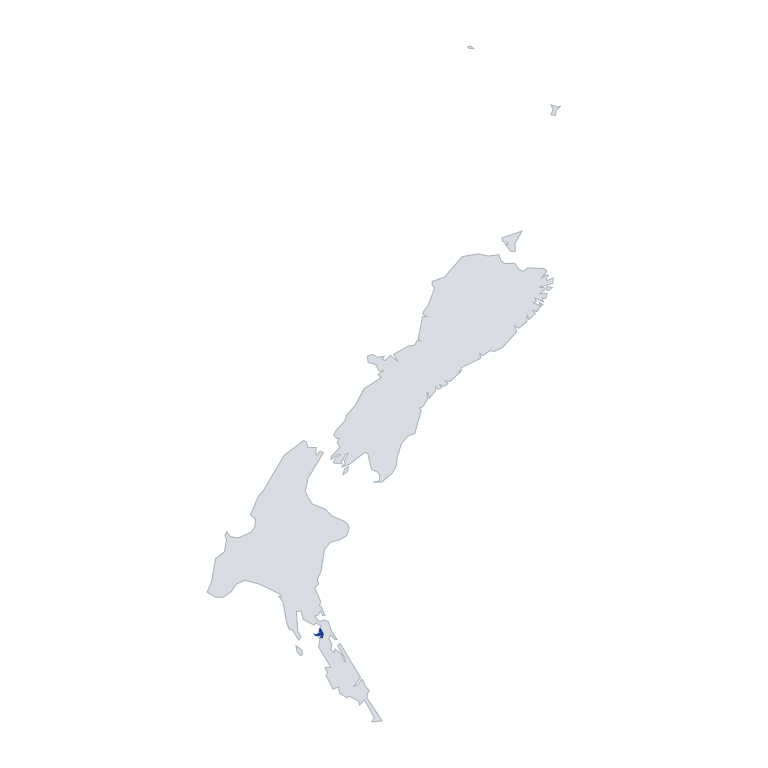 location of Hibiscus and Bays Local Board Area, Auckland, New Zealand, rotated 180°
{"feature_id": "76426892B59525679970548", "entity_name": "Hibiscus and Bays Local Board Area", "entity_type": "district", "adm_level": 2, "iso_a3": "NZL", "parent_name": "New Zealand", "parent_adm1": "Auckland", "projection": "equal_earth", "projection_center": [174.744, -36.648], "detail": "fine", "context": "in_parent", "style": "filled", "palette": "blue", "viewbox_px": 768, "rotation_deg": 180, "n_neighbors": 0, "source": "geoboundaries", "source_scale": "gbopen_adm2", "svg_char_len": 6159}
<svg xmlns="http://www.w3.org/2000/svg" viewBox="0 0 768 768"><g transform="rotate(180 384 384)"><path d="M400.3,315.0L403.7,315.2L418.4,303.9L424.5,301.4L426.1,301.2L422.8,304.6L423.6,307.0L420.2,314.7L423.1,313.5L424.8,308.2L426.8,307.1L426.0,304.1L434.9,305.1L431.9,310.5L427.2,313.6L430.1,313.8L436.9,308.3L436.8,311.5L428.1,320.7L430.8,325.8L428.6,329.9L431.1,329.4L434.4,332.6L432.4,336.8L423.0,347.4L421.6,352.7L413.1,362.1L403.9,379.3L386.8,390.4L390.0,393.5L384.1,397.6L388.9,396.9L392.2,403.5L399.9,405.5L400.5,411.8L395.6,413.6L390.6,410.7L383.6,411.8L385.9,409.2L382.9,407.4L377.7,412.7L370.1,406.5L374.3,413.7L359.6,422.0L353.4,422.7L351.2,427.1L347.7,427.4L349.8,428.8L345.5,451.4L341.3,451.4L345.2,453.8L344.6,456.1L339.8,462.6L333.5,479.8L336.0,483.7L335.7,486.6L323.4,491.0L305.7,511.4L289.3,514.2L279.9,511.9L269.1,513.3L267.2,507.6L263.4,504.5L253.6,504.7L248.9,498.4L244.8,496.7L240.1,500.1L224.9,499.5L222.1,498.5L221.4,496.2L226.9,489.8L221.8,493.2L219.5,492.8L221.6,490.0L221.2,487.3L215.0,490.0L215.3,484.5L229.0,480.8L223.5,480.3L223.0,478.4L228.3,474.2L221.1,474.6L222.1,469.7L226.1,469.7L224.5,466.1L232.8,469.8L231.6,466.4L234.7,465.3L229.0,462.9L228.7,459.2L231.4,456.5L235.2,457.7L232.6,454.6L239.1,448.3L240.9,453.1L241.2,446.2L249.5,439.7L253.1,442.3L251.4,436.2L265.4,420.7L273.4,416.6L277.9,417.3L285.1,412.5L288.4,414.4L287.1,410.9L288.0,409.3L306.8,400.3L306.8,397.4L308.9,397.0L307.4,396.2L318.1,386.4L322.6,387.1L319.9,384.3L324.3,381.6L328.8,383.7L326.2,380.5L330.2,378.8L332.3,381.3L332.4,377.5L338.8,369.6L340.1,375.9L340.9,375.0L340.5,368.8L345.0,361.4L348.6,359.9L346.8,357.7L353.1,334.7L360.2,331.8L366.4,324.9L370.5,312.0L371.7,302.3L375.5,295.1L386.2,285.9L395.1,285.9L388.9,286.8L388.1,291.6L390.0,295.7L396.5,298.5L400.3,315.0ZM393.8,50.3L403.6,68.2L408.5,62.8L409.3,66.9L418.8,71.8L420.6,70.1L428.4,74.7L429.6,81.0L435.0,78.9L441.7,92.3L440.7,95.7L442.9,100.4L437.3,100.9L449.5,121.3L448.0,128.5L450.0,133.3L447.1,142.4L452.2,145.1L454.0,142.8L464.4,148.4L467.0,156.8L471.6,156.6L470.1,136.4L467.0,131.1L469.3,127.9L475.9,138.6L478.6,138.2L481.7,147.0L485.0,165.9L489.1,171.8L486.8,170.8L486.4,172.4L488.5,174.1L508.1,183.7L523.0,187.8L531.5,184.0L536.7,176.5L545.2,170.5L553.0,171.0L560.8,175.9L556.4,186.5L552.3,209.6L543.5,216.3L541.4,228.0L543.0,232.7L541.2,236.4L537.7,231.4L529.9,230.0L516.7,235.8L513.0,241.4L512.5,248.7L517.5,253.3L509.4,272.0L504.8,277.2L483.9,312.5L464.2,327.6L461.7,326.3L460.1,320.3L451.8,320.5L452.3,313.6L451.3,312.9L448.2,316.8L444.6,315.4L460.0,289.8L462.7,277.1L459.9,270.3L455.6,264.0L442.6,258.7L436.2,252.1L423.9,246.9L420.3,243.7L418.9,239.5L421.2,232.5L427.9,228.3L437.6,225.7L443.4,218.8L446.9,196.9L450.6,188.9L449.5,183.9L453.3,180.4L447.3,166.4L448.5,162.0L446.7,161.5L443.1,152.5L445.3,152.2L447.5,157.2L449.6,153.0L453.3,152.0L448.9,146.4L443.5,148.1L439.8,146.4L436.9,137.8L431.1,128.5L432.8,128.3L437.5,132.9L439.1,129.3L436.1,123.9L437.2,118.5L433.5,115.5L433.1,118.9L426.5,113.9L422.8,105.3L422.9,109.7L430.4,122.0L428.4,124.5L427.1,123.3L407.6,90.7L414.0,81.8L410.1,83.5L406.5,89.0L404.6,86.8L403.4,82.6L398.6,77.2L400.8,74.0L400.8,69.7L385.9,47.1L396.2,46.1L393.8,50.3ZM257.3,516.6L262.9,524.1L259.9,523.5L260.1,525.2L265.7,526.8L265.8,530.1L246.0,536.9L253.2,524.2L252.5,516.7L257.3,516.6ZM214.9,658.7L216.9,663.2L210.5,660.9L207.2,661.9L212.0,657.5L212.5,652.6L217.0,653.3L214.9,658.7ZM470.9,116.0L472.0,122.3L465.9,117.6L465.6,114.3L467.2,112.1L470.9,116.0ZM423.5,299.1L419.6,301.3L420.5,296.4L425.0,293.3L423.5,299.1ZM221.6,478.8L221.2,481.5L215.6,480.4L219.8,477.3L221.6,478.8ZM298.7,719.5L300.3,721.2L297.4,721.9L294.5,719.4L298.7,719.5ZM227.4,461.3L228.8,465.7L225.1,463.5L227.4,461.3Z" fill="#d9dde1" stroke="#a8b0b8" stroke-width="1"/><path d="M445.3,132.8L445.8,132.6L445.6,132.5L445.6,132.4L445.6,132.5L445.8,132.5L446.0,132.5L446.3,132.6L446.4,132.8L446.2,132.9L446.1,133.0L445.9,133.0L445.9,132.9L446.0,132.8L446.0,132.7L445.8,132.7L445.7,132.7L445.4,132.8L445.4,132.7L445.3,132.8L445.3,133.2L445.4,133.5L445.3,134.7L445.4,134.9L445.4,135.1L445.6,135.3L445.9,135.6L446.0,135.9L446.4,136.0L446.5,136.2L446.6,136.4L446.7,137.2L447.0,137.0L447.1,136.9L447.3,137.1L447.2,137.4L447.2,137.7L447.2,137.8L447.4,137.9L447.5,138.0L447.7,138.3L447.6,138.5L447.8,138.7L447.9,138.8L448.0,138.9L448.0,139.0L448.3,138.9L448.4,138.7L448.2,138.3L448.1,138.1L448.0,137.7L448.0,137.3L448.0,137.2L448.0,136.9L448.1,136.7L448.3,136.6L448.2,136.5L448.1,136.4L447.9,136.0L447.9,135.9L447.8,135.5L447.9,135.4L447.8,135.2L447.4,135.3L447.3,135.1L447.2,135.1L447.1,134.9L447.2,135.0L447.3,135.1L447.3,134.8L447.2,134.8L447.2,134.6L447.3,134.5L447.2,134.6L447.1,134.4L447.0,134.2L446.9,134.2L446.8,134.3L446.9,134.2L446.9,133.9L446.7,133.7L446.6,133.8L446.4,133.9L446.4,134.0L446.5,133.7L446.5,133.4L446.3,133.7L446.2,133.6L446.1,133.8L446.1,133.7L445.9,133.6L446.0,133.6L446.3,133.5L446.4,133.4L446.2,133.5L446.3,133.5L446.2,133.4L446.4,133.3L446.5,133.4L446.8,133.4L446.8,133.5L447.0,134.0L447.1,134.3L447.3,134.4L447.4,134.6L447.6,134.7L447.9,134.5L448.0,134.4L448.1,134.5L448.3,134.4L448.4,134.2L448.4,134.3L448.5,134.3L448.5,134.2L448.6,133.9L448.8,133.8L449.0,133.7L449.1,133.8L449.0,133.7L449.1,133.8L449.3,133.9L449.3,134.0L449.5,133.9L449.6,133.7L449.7,133.3L449.7,133.2L449.9,133.1L449.9,133.3L450.0,133.5L450.0,133.4L450.3,133.4L450.4,133.5L450.5,133.6L450.6,133.0L450.7,132.9L450.6,132.7L450.3,132.6L450.1,132.5L449.9,132.8L449.6,132.9L449.4,132.9L449.2,132.9L449.2,133.0L448.9,133.0L448.7,133.1L448.6,133.5L448.4,133.7L448.5,133.8L448.4,133.8L448.2,133.9L447.9,133.8L447.9,133.7L447.8,133.8L447.7,133.8L447.4,133.6L447.2,133.5L447.2,133.4L446.9,133.2L446.7,132.9L446.4,132.8L446.5,132.7L446.2,131.9L446.3,131.7L446.4,131.3L446.5,131.3L446.7,131.1L446.8,131.0L446.7,130.9L446.8,130.9L446.7,130.7L446.8,130.6L446.7,130.6L446.3,130.4L446.2,130.4L446.1,130.5L446.0,130.4L445.9,130.4L445.9,130.7L445.9,130.9L445.9,131.1L445.8,131.3L445.6,131.5L445.5,132.0L445.4,132.5L445.3,132.8ZM452.0,132.5L451.9,132.5L451.9,132.8L452.0,132.9L452.1,133.1L452.5,133.2L452.4,133.1L452.4,132.9L452.2,132.7L452.0,132.5Z" fill="#3b82f6" stroke="#1e3a8a" stroke-width="1.5"/></g></svg>